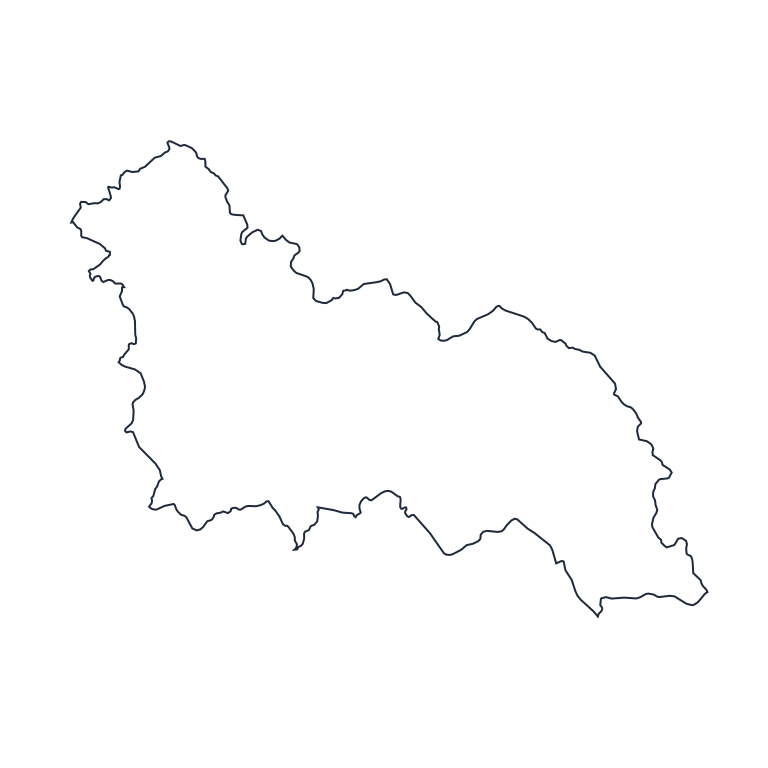 Meconta, Nampula, Mozambique (orthographic projection), rotated 77°
{"feature_id": "85939544B84793619782311", "entity_name": "Meconta", "entity_type": "district", "adm_level": 2, "iso_a3": "MOZ", "parent_name": "Mozambique", "parent_adm1": "Nampula", "projection": "orthographic", "projection_center": [39.662, -15.252], "detail": "fine", "context": "isolated", "style": "outline", "palette": "slate", "viewbox_px": 768, "rotation_deg": 77, "n_neighbors": 0, "source": "geoboundaries", "source_scale": "gbopen_adm2", "svg_char_len": 6163}
<svg xmlns="http://www.w3.org/2000/svg" viewBox="0 0 768 768"><g transform="rotate(77 384 384)"><path d="M525.3,508.6L525.6,505.7L523.6,504.4L523.0,501.3L521.5,499.1L516.5,496.5L511.7,495.5L510.1,494.1L509.5,490.1L506.0,487.3L505.4,483.4L502.8,480.0L497.7,478.0L493.9,477.6L491.8,475.9L489.2,476.3L495.7,461.2L499.9,453.6L502.6,444.7L503.6,443.2L506.1,442.8L507.4,441.5L505.8,440.3L504.5,436.2L503.9,435.6L499.9,435.9L496.5,435.2L493.3,432.9L490.9,429.6L490.3,427.3L490.9,426.2L493.7,424.3L494.5,422.4L489.6,411.0L488.8,407.2L489.1,403.8L490.6,401.0L496.0,396.4L497.7,393.9L499.9,393.7L507.3,395.9L509.5,395.2L509.8,394.1L509.0,391.9L509.3,390.2L511.3,390.3L512.7,391.9L514.2,392.5L518.1,391.1L519.2,389.8L518.0,386.5L518.3,384.4L539.7,372.8L562.6,363.6L564.3,361.6L565.4,358.2L565.3,355.4L563.0,346.3L559.6,339.7L559.7,333.6L558.4,327.7L556.8,325.1L552.5,323.6L550.3,320.5L550.3,316.5L553.6,306.9L554.0,303.0L553.0,300.4L549.2,296.1L545.6,290.6L544.7,286.9L546.0,284.5L557.2,276.6L563.0,270.9L578.5,258.6L583.4,257.3L597.5,256.6L596.4,250.7L597.3,248.9L606.3,249.1L617.0,245.2L629.1,244.1L633.8,243.1L638.7,240.7L652.5,231.1L658.7,227.9L656.2,226.5L654.2,223.3L652.6,222.1L651.1,221.8L648.1,223.0L642.5,221.1L641.7,220.4L641.6,215.6L644.3,210.4L646.2,198.0L649.7,186.4L649.4,182.3L647.5,176.0L647.8,173.2L649.9,168.5L652.7,165.6L653.5,163.6L654.7,152.9L656.3,148.7L666.1,138.8L668.9,133.4L668.8,131.5L667.1,127.0L660.6,118.5L659.5,115.6L656.9,116.2L652.7,118.7L649.4,119.6L646.5,119.5L637.9,125.2L626.0,123.2L622.8,123.3L620.8,123.7L618.1,127.0L617.1,127.3L612.4,126.6L608.0,124.8L604.7,125.0L601.1,128.5L600.9,132.2L606.2,137.3L606.8,145.2L605.2,146.8L601.0,149.4L598.1,149.1L595.2,151.3L583.8,154.7L581.1,154.5L575.1,151.7L571.0,147.7L568.1,146.0L563.1,146.6L558.3,146.1L554.0,147.1L549.7,146.0L546.6,143.6L542.5,142.0L539.2,137.7L538.8,136.2L539.8,128.9L539.5,127.5L535.0,123.6L531.6,124.8L525.5,130.8L522.6,130.8L520.6,131.8L513.8,138.1L510.9,137.8L507.4,136.1L503.1,137.0L498.9,140.7L495.4,148.0L486.8,148.0L482.7,146.3L480.2,142.3L478.9,142.1L474.1,144.1L469.1,145.0L464.5,147.1L462.1,148.9L460.7,151.7L458.2,154.5L455.2,156.4L448.6,158.9L446.1,162.1L445.1,162.1L441.2,159.1L435.6,158.8L415.7,169.5L403.7,172.3L400.0,175.9L397.1,183.1L394.5,186.2L393.0,189.8L391.0,192.1L390.6,195.8L387.7,197.7L385.8,197.9L381.0,201.6L380.7,203.0L381.6,207.4L379.9,211.0L376.7,214.4L370.4,216.0L368.9,218.3L366.0,219.4L365.4,222.0L364.2,223.5L357.8,226.0L353.3,228.8L349.8,232.5L339.8,249.0L336.9,252.2L334.1,253.8L333.6,255.1L334.1,257.1L337.3,261.6L339.5,267.1L341.6,278.9L343.4,281.9L350.1,288.5L352.1,291.5L353.9,299.9L353.1,305.8L355.5,313.2L355.2,316.7L354.3,319.0L352.3,321.0L348.7,318.7L342.5,318.2L340.5,317.3L335.6,318.2L335.0,319.4L331.6,322.0L324.4,326.8L317.3,330.4L311.8,335.1L303.6,338.6L300.6,340.5L299.2,344.1L300.0,352.3L298.7,354.9L288.1,355.6L282.6,357.7L282.2,360.3L283.1,363.8L283.2,367.6L282.0,381.2L285.5,388.0L285.8,392.3L285.4,396.3L283.8,399.1L284.3,400.5L283.9,402.0L284.2,402.9L287.1,404.4L290.0,408.5L289.7,412.2L288.8,414.2L290.5,416.1L292.2,422.0L291.2,425.4L287.8,431.6L284.4,433.6L275.9,431.1L270.0,431.0L266.1,432.0L262.5,434.2L256.0,444.5L253.2,446.5L248.5,448.4L244.2,447.2L241.3,444.0L238.6,442.4L236.7,437.8L235.3,436.2L232.1,435.8L229.2,436.7L228.0,437.6L224.9,444.2L222.1,446.7L216.6,449.7L218.8,453.0L220.0,457.2L219.8,460.0L218.5,463.7L214.6,467.4L210.9,468.9L207.3,469.4L205.3,472.4L206.6,478.3L209.7,484.2L211.4,485.9L216.2,487.7L216.1,490.4L215.3,491.1L211.8,491.6L205.8,489.3L204.0,487.9L201.0,481.8L197.8,481.4L188.1,483.1L185.3,492.3L184.1,494.7L182.6,495.6L175.1,494.4L171.1,495.8L166.3,496.5L164.3,496.0L160.7,492.3L158.0,492.6L144.3,499.0L142.9,501.2L140.4,502.4L138.6,505.0L135.2,506.5L132.0,509.1L126.9,508.0L124.3,508.1L123.3,512.3L121.9,514.2L120.2,514.9L116.2,515.0L111.1,518.0L106.8,523.5L106.1,525.0L106.3,528.8L99.6,537.1L99.1,539.3L100.2,540.8L104.9,540.0L106.9,540.3L108.7,542.3L109.2,545.4L111.7,550.2L111.9,556.5L118.5,567.9L119.5,573.3L121.6,575.4L120.8,581.7L118.3,586.3L119.2,589.3L121.3,591.6L121.5,593.5L127.7,596.3L132.3,596.8L134.2,597.7L134.4,598.9L131.7,602.3L131.4,604.9L129.9,608.1L130.2,608.6L139.5,608.0L141.3,608.2L142.8,609.8L143.2,610.8L141.5,612.5L140.9,615.7L143.1,619.2L143.6,622.4L142.7,625.1L142.3,631.6L139.6,633.8L138.4,638.1L140.0,639.6L143.9,639.8L152.7,649.6L156.3,652.4L156.4,650.5L162.2,647.8L164.9,644.8L166.7,644.5L171.6,645.7L173.1,645.1L174.9,640.9L183.7,629.3L189.1,625.3L191.7,624.9L193.5,621.4L196.6,622.0L196.9,623.1L198.0,623.8L199.0,626.9L201.3,630.8L203.7,633.8L206.8,641.6L206.3,644.0L207.5,646.2L210.8,645.3L212.3,646.3L214.0,646.4L217.9,644.9L217.6,643.8L215.8,642.9L214.5,641.1L214.4,638.1L215.5,636.6L219.8,636.0L221.5,634.6L220.6,629.6L221.0,627.4L222.8,625.1L225.7,623.2L226.9,617.7L228.3,616.4L231.2,615.4L230.9,617.5L234.6,618.4L239.2,621.8L247.9,620.7L249.9,620.0L251.5,617.3L253.9,615.3L259.2,612.9L262.2,612.4L266.6,612.5L280.1,615.3L283.8,615.2L288.6,616.7L288.9,619.0L287.5,620.7L287.7,623.1L288.3,623.8L292.8,624.9L297.0,630.6L299.0,632.1L299.0,634.2L299.8,635.5L301.5,636.0L303.1,637.7L306.4,635.3L308.7,632.5L313.7,623.5L318.8,618.7L327.9,617.3L333.1,617.5L336.5,619.1L339.7,621.5L342.4,626.1L343.7,630.2L345.6,632.8L347.4,633.6L353.4,633.9L362.5,636.5L365.5,638.7L369.4,645.8L371.3,646.9L373.2,645.9L373.2,641.7L374.4,639.4L390.3,636.8L410.1,624.6L417.6,621.8L423.7,621.9L426.6,621.2L426.6,622.3L428.3,625.2L432.9,628.2L434.8,630.5L441.3,634.0L442.8,636.2L445.8,636.3L448.0,637.3L450.6,640.5L452.6,639.2L454.3,637.0L455.2,633.9L453.4,625.3L453.6,615.9L454.9,615.1L459.7,614.5L462.1,613.5L465.8,611.1L467.7,607.8L469.6,606.5L481.5,603.3L484.5,599.6L484.3,595.4L482.4,592.1L478.0,587.1L477.7,583.1L477.0,581.7L475.0,579.6L473.4,579.0L472.4,576.4L472.6,572.0L472.0,569.4L474.7,565.1L473.5,562.1L471.2,561.0L470.8,558.8L471.4,556.0L473.7,553.7L474.2,552.1L472.2,546.1L472.4,543.3L474.3,536.2L474.3,531.5L473.5,527.7L472.0,525.0L472.2,522.9L479.3,520.5L483.4,518.1L489.5,515.7L497.9,514.0L500.1,512.0L500.2,510.4L501.5,509.4L509.5,505.9L513.2,505.4L516.5,506.1L520.5,504.9L523.8,506.2L525.3,508.6Z" fill="none" stroke="#1e293b" stroke-width="2"/></g></svg>